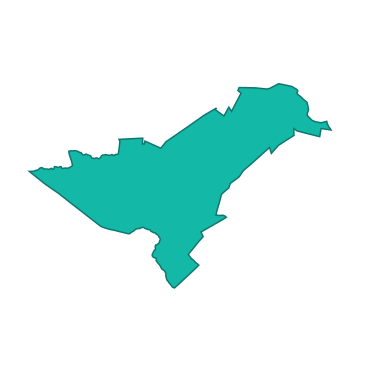 Saboti, Rift Valley, Kenya (orthographic projection), rotated 344°
{"feature_id": "3690345B89105260268555", "entity_name": "Saboti", "entity_type": "district", "adm_level": 2, "iso_a3": "KEN", "parent_name": "Kenya", "parent_adm1": "Rift Valley", "projection": "orthographic", "projection_center": [34.819, 0.95], "detail": "fine", "context": "isolated", "style": "filled", "palette": "teal", "viewbox_px": 384, "rotation_deg": 344, "n_neighbors": 0, "source": "geoboundaries", "source_scale": "gbopen_adm2", "svg_char_len": 4892}
<svg xmlns="http://www.w3.org/2000/svg" viewBox="0 0 384 384"><g transform="rotate(344 192 192)"><path d="M41.3,127.3L42.9,129.7L44.8,132.4L46.3,134.5L49.8,139.4L51.9,142.4L53.3,144.3L63.2,156.4L65.1,159.1L68.0,163.0L72.8,169.8L77.7,176.4L83.3,184.1L93.5,198.1L95.2,200.2L95.8,200.7L98.9,202.9L102.3,205.0L104.4,206.2L106.0,207.0L107.3,207.7L109.2,208.8L109.8,209.2L110.7,209.7L112.4,210.7L113.7,211.4L116.5,213.0L119.0,214.4L120.5,214.9L121.6,214.4L122.4,214.2L123.0,213.9L123.6,213.8L124.6,213.6L125.7,213.2L126.6,212.7L127.3,212.4L128.4,212.2L129.6,212.2L130.3,212.4L131.2,212.6L132.2,212.6L133.2,212.4L134.0,212.3L134.9,212.4L135.6,212.7L136.1,213.1L136.7,214.1L137.5,214.5L138.3,215.2L139.3,215.9L140.6,216.4L141.2,216.8L141.3,217.5L141.6,218.3L142.1,218.8L142.9,219.4L143.4,220.1L144.0,220.7L144.9,220.9L145.6,221.2L145.7,221.9L145.9,222.5L146.5,223.0L147.0,223.5L147.4,224.1L147.7,224.9L147.7,225.9L148.2,226.8L148.5,227.8L148.4,228.4L148.3,229.2L147.8,229.7L147.2,230.3L147.0,231.0L146.6,231.7L145.9,232.1L145.2,232.3L144.4,232.7L143.3,233.2L142.4,233.0L141.8,233.9L141.4,234.8L141.4,235.6L141.4,236.3L141.1,237.1L140.5,237.3L139.7,237.7L139.1,238.2L138.5,238.8L138.0,239.4L137.4,240.2L136.6,240.9L136.3,241.8L136.2,242.6L136.6,243.4L136.9,244.1L137.4,244.6L138.0,245.0L138.6,245.4L139.1,246.1L139.2,247.2L138.6,248.1L139.0,249.0L139.3,250.4L139.9,251.2L140.2,252.2L140.7,253.2L141.0,253.9L141.2,254.6L141.3,255.6L141.6,256.8L141.7,257.6L142.4,258.3L142.8,259.0L143.4,259.6L143.9,260.3L144.0,261.1L144.2,261.9L144.4,262.7L144.4,263.5L144.1,264.3L143.7,265.3L143.7,266.8L143.6,268.2L143.6,269.5L143.8,270.3L144.2,270.9L144.5,271.7L144.7,272.7L145.3,273.5L145.6,274.4L145.9,275.1L146.2,275.8L146.5,276.9L146.9,277.6L147.2,278.4L148.1,278.9L148.7,279.4L154.1,276.8L171.5,267.9L178.4,264.2L177.8,263.3L177.4,262.6L176.9,261.8L176.4,261.3L176.0,260.7L175.6,260.0L175.2,259.2L175.0,258.5L174.4,257.5L173.6,256.5L172.9,255.7L172.7,254.8L172.3,253.9L171.7,252.3L171.1,251.1L185.0,241.4L190.4,238.0L189.7,232.9L193.4,232.0L216.1,226.4L218.0,225.7L217.1,224.2L216.1,223.5L215.4,222.9L214.5,222.6L213.4,222.5L212.5,222.3L211.4,221.9L210.5,221.6L209.9,221.3L209.4,220.8L208.7,220.7L211.1,216.4L215.3,209.8L219.3,203.1L219.9,202.2L224.3,200.1L226.2,199.3L228.4,198.3L230.5,195.3L231.0,194.5L231.7,194.1L233.1,193.6L239.4,191.3L241.1,190.6L241.8,190.2L245.3,187.2L246.0,186.6L247.6,185.4L254.8,182.2L264.3,177.6L273.7,173.0L278.8,170.6L278.9,176.8L287.9,171.0L298.1,167.9L305.7,165.7L305.8,164.8L307.3,159.1L309.8,162.2L313.9,164.7L330.0,174.0L333.5,166.7L334.3,166.9L342.7,170.7L342.2,168.6L341.4,167.0L341.3,165.9L341.2,165.0L340.8,164.2L340.9,162.7L341.0,161.2L340.0,161.2L339.1,161.1L335.7,161.1L334.7,160.8L333.9,160.4L330.6,158.8L329.9,158.4L327.9,156.8L327.2,156.1L326.7,155.5L325.0,152.4L324.1,150.8L324.0,149.8L324.2,149.1L324.7,148.0L326.2,145.8L326.6,145.2L326.8,144.5L327.1,140.7L327.3,137.6L326.7,136.6L324.5,133.4L322.5,129.9L321.3,128.5L319.9,125.9L320.4,125.3L321.1,124.7L321.5,124.1L321.4,122.9L320.9,122.1L319.7,120.9L317.4,118.5L316.5,117.7L315.6,117.3L314.0,116.4L305.6,112.0L304.5,111.9L300.9,112.7L296.7,113.5L295.5,113.8L294.6,113.8L292.5,113.7L287.7,111.8L283.7,110.2L282.3,109.6L278.8,108.5L273.1,106.7L267.1,104.9L266.1,104.6L264.1,107.1L266.4,110.5L257.5,119.8L252.2,125.4L250.8,120.6L243.7,127.7L242.4,126.1L238.7,121.4L237.1,119.4L238.7,118.0L224.6,121.6L208.3,127.3L206.6,127.9L189.0,133.8L180.9,136.5L174.1,141.3L160.8,130.1L159.4,132.6L157.6,132.1L159.5,126.7L155.5,125.7L136.3,121.3L136.7,123.2L135.6,126.0L133.8,130.4L131.5,135.3L130.3,135.2L129.3,134.9L128.4,134.9L127.7,135.3L126.9,135.5L126.2,134.8L125.7,134.1L124.9,133.8L124.0,134.1L123.0,134.2L122.2,133.7L121.0,133.1L119.9,132.8L119.2,132.1L118.4,132.2L117.5,132.2L116.4,131.8L115.6,132.0L114.7,132.5L113.4,133.8L112.1,134.2L111.4,134.2L110.7,133.6L110.0,133.0L109.1,132.8L108.4,132.9L107.5,132.9L106.7,132.5L106.1,132.2L105.1,131.9L104.8,130.5L104.7,129.8L104.4,129.2L103.6,128.5L102.5,127.9L101.8,127.5L101.2,126.8L100.6,126.3L98.9,126.6L98.2,126.7L97.5,126.1L97.0,125.5L96.2,123.5L95.3,123.3L94.8,122.8L94.2,122.2L93.4,121.7L92.6,120.8L91.8,120.4L90.9,120.0L89.8,119.7L88.6,119.6L87.7,119.3L86.7,118.9L85.7,119.0L84.8,118.9L84.4,121.7L84.7,129.1L84.5,133.4L83.8,133.9L82.8,134.2L81.7,134.6L80.6,134.8L79.4,134.8L78.6,134.7L77.8,134.4L77.1,134.2L76.2,133.9L75.3,133.8L74.3,133.7L73.6,133.4L73.2,132.7L73.2,131.6L72.0,131.2L70.9,131.6L70.0,131.5L69.4,131.1L68.6,130.4L67.9,130.0L67.3,129.8L66.6,129.9L66.2,130.6L65.8,131.5L65.2,131.8L64.5,131.8L63.9,131.3L63.7,130.6L62.9,130.5L61.8,130.7L60.7,131.0L59.9,130.3L59.1,130.0L58.4,129.8L57.7,129.6L56.9,129.3L56.2,129.0L55.6,128.5L55.2,127.9L54.1,127.0L53.0,127.1L52.1,127.2L51.3,127.7L50.2,128.2L48.9,128.4L47.7,128.1L46.7,128.4L45.7,128.4L44.9,128.3L44.2,128.1L43.5,127.9L42.7,127.7L41.3,127.3Z" fill="#14b8a6" stroke="#0f766e" stroke-width="1.5"/></g></svg>